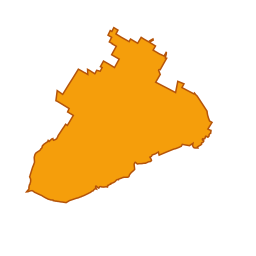 outline of Ardud, Satu Mare, Romania, rotated 108°
{"feature_id": "2599482B58089407628141", "entity_name": "Ardud", "entity_type": "district", "adm_level": 2, "iso_a3": "ROU", "parent_name": "Romania", "parent_adm1": "Satu Mare", "projection": "natural_earth1", "projection_center": [22.905, 47.656], "detail": "fine", "context": "isolated", "style": "filled", "palette": "amber", "viewbox_px": 256, "rotation_deg": 108, "n_neighbors": 0, "source": "geoboundaries", "source_scale": "gbopen_adm2", "svg_char_len": 5661}
<svg xmlns="http://www.w3.org/2000/svg" viewBox="0 0 256 256"><g transform="rotate(108 128 128)"><path d="M170.5,203.3L170.9,203.8L171.2,203.9L171.6,203.8L172.2,203.9L172.6,203.7L172.9,203.8L173.5,203.8L174.0,203.9L174.4,204.2L174.7,204.4L176.4,204.8L177.6,205.8L178.2,206.3L180.0,207.7L180.4,207.9L181.1,208.1L181.9,208.3L183.9,208.2L184.9,208.1L185.3,208.0L188.7,206.6L189.7,206.3L193.9,206.5L194.5,206.6L202.9,206.5L203.7,206.4L204.6,206.5L204.8,206.5L206.3,205.1L206.8,204.9L207.2,204.6L207.6,204.4L208.1,204.4L208.4,204.3L208.6,204.2L209.3,204.0L210.0,204.0L210.3,204.0L210.7,204.0L211.7,203.9L211.9,204.0L212.2,204.0L212.5,204.2L213.0,204.1L213.6,204.1L214.1,204.1L214.7,203.9L215.2,203.9L215.3,203.8L215.6,203.6L215.9,203.6L216.4,203.4L216.7,203.4L217.3,203.7L217.7,203.8L219.8,204.7L220.1,204.8L219.5,203.4L219.3,203.2L219.0,202.8L218.3,202.0L218.1,201.7L217.9,201.3L217.4,200.3L217.3,200.0L217.2,199.7L217.3,199.1L217.6,198.1L217.8,197.5L218.0,197.2L218.2,195.2L218.3,194.5L218.4,193.5L218.6,192.7L218.5,192.2L218.7,191.4L218.8,190.1L218.8,189.8L218.8,189.7L219.0,188.7L219.2,188.1L219.7,185.9L219.9,184.6L220.0,184.4L220.1,183.6L220.1,183.1L220.1,182.9L220.4,182.0L220.3,181.7L220.3,180.7L220.2,179.7L220.3,179.1L219.9,178.0L219.8,177.2L219.8,176.7L220.2,176.6L220.0,175.2L220.0,174.7L219.6,173.1L219.6,172.5L219.4,171.7L219.2,170.3L219.0,168.7L218.8,168.2L218.1,163.8L217.2,163.0L215.1,161.2L211.0,155.7L210.7,155.3L210.0,154.0L209.5,153.4L208.6,152.4L208.3,152.0L208.1,151.5L207.4,151.0L206.6,149.9L206.1,149.3L205.0,148.1L204.3,147.4L202.5,145.5L201.7,144.8L201.6,144.7L201.3,144.3L200.8,143.8L200.3,143.4L199.6,143.1L199.2,142.7L198.5,141.9L198.3,141.6L198.2,141.6L197.3,141.4L196.4,140.9L196.1,140.6L195.8,139.6L195.8,139.3L195.8,139.2L195.4,139.6L195.0,140.0L194.7,140.3L194.4,140.5L194.2,140.6L193.8,140.7L193.2,140.6L193.2,140.3L193.1,139.9L193.7,139.0L193.9,138.6L194.2,137.9L194.3,137.7L194.2,137.6L194.1,137.2L193.8,137.0L193.4,137.0L193.0,137.0L192.8,136.9L192.6,136.8L192.3,136.3L192.2,135.8L192.2,135.6L192.1,135.4L192.2,135.2L192.2,134.8L191.7,132.9L191.2,131.8L190.9,131.2L190.4,130.4L190.6,130.0L190.6,129.4L190.4,129.2L189.2,129.4L188.8,129.4L188.7,129.0L188.5,128.8L188.0,128.5L187.6,128.2L187.1,127.6L186.8,127.0L186.7,127.0L186.2,127.3L184.9,125.5L183.9,124.5L182.7,123.6L181.0,122.9L180.5,122.4L180.3,122.0L180.3,121.7L180.1,121.4L180.1,121.2L179.8,121.3L179.5,121.0L179.0,120.5L177.8,118.9L177.3,118.3L177.0,118.0L176.8,117.8L176.4,117.0L176.2,116.9L175.4,114.4L175.1,113.7L175.0,113.3L174.7,112.8L174.2,112.3L173.8,112.2L173.3,112.1L172.0,112.1L171.1,111.8L169.3,111.1L168.5,110.6L167.0,109.7L165.4,108.9L165.2,108.9L160.9,110.9L160.3,111.0L159.8,110.9L158.5,110.7L158.4,110.6L158.4,110.3L158.4,110.1L159.2,108.4L159.3,108.0L159.3,107.8L158.8,107.0L158.4,106.2L157.9,104.6L157.3,103.2L157.0,102.8L156.2,100.8L156.1,100.5L155.5,99.8L154.1,98.3L153.8,98.0L153.7,97.9L153.6,97.7L153.4,97.2L153.2,96.7L153.0,96.4L152.0,95.8L152.0,95.7L151.7,95.6L150.6,96.3L149.4,97.7L148.5,98.7L148.7,98.3L148.9,98.0L148.9,97.8L148.5,97.6L147.8,97.0L147.5,96.9L146.1,96.6L144.2,94.1L141.5,91.7L144.2,90.0L138.9,83.9L134.1,78.2L133.3,77.0L133.0,76.4L130.9,73.8L128.9,71.7L126.8,71.3L126.8,71.0L126.7,70.8L126.3,67.5L126.2,67.0L125.8,64.0L125.4,63.8L122.5,61.5L124.7,61.2L126.0,59.9L126.4,59.0L126.2,57.7L125.4,55.3L124.5,56.1L123.3,55.1L122.1,54.0L122.0,53.9L121.8,53.6L121.5,53.6L121.2,53.5L120.9,53.2L120.5,53.0L120.4,53.1L119.8,53.4L119.5,53.4L119.3,53.3L119.0,53.1L118.6,52.4L117.3,51.9L116.8,52.0L116.5,52.2L116.4,52.6L116.4,52.8L116.5,53.1L116.5,53.3L116.3,53.5L115.7,53.8L115.4,53.8L115.3,53.7L115.1,53.6L115.1,53.3L115.0,53.1L115.0,52.7L114.7,52.0L114.6,51.8L114.0,51.9L113.4,51.4L113.1,51.4L112.3,51.7L111.9,51.6L111.7,51.4L111.8,50.9L111.8,50.7L111.7,50.4L111.7,50.2L111.9,49.9L112.1,49.6L112.1,49.3L112.0,49.1L111.9,49.0L111.4,48.9L110.8,48.5L110.4,48.5L110.0,48.6L109.4,48.8L109.2,48.8L108.1,48.4L107.7,48.1L107.5,47.8L107.3,47.7L107.0,47.8L106.5,48.0L106.1,48.1L105.3,48.1L105.1,48.1L104.6,48.4L104.7,49.0L104.3,51.7L96.7,49.8L96.1,52.6L93.7,54.5L91.1,56.3L87.8,58.0L87.6,58.0L77.2,70.9L76.2,72.2L76.0,72.5L75.5,73.7L74.2,75.6L75.2,75.8L72.9,89.2L68.7,88.4L68.2,95.1L79.6,93.7L77.7,104.9L77.4,106.8L75.9,115.8L67.1,113.9L67.0,114.0L64.2,116.3L63.8,116.7L63.3,116.7L62.9,116.6L62.8,116.4L62.6,116.0L62.6,115.4L49.7,112.8L49.8,114.2L45.7,114.5L44.4,114.8L44.3,115.1L48.4,115.9L47.9,120.0L48.0,120.2L46.2,128.2L41.5,127.2L39.8,134.2L36.6,131.2L35.6,131.8L37.2,133.3L38.1,134.1L38.5,134.4L39.5,135.0L39.6,135.3L38.6,140.0L37.7,143.5L44.4,145.0L42.6,153.1L45.5,153.6L43.8,162.2L42.3,168.5L38.0,167.8L37.5,170.0L37.4,170.4L36.9,172.5L41.2,173.2L40.8,175.0L45.9,175.7L46.8,171.6L51.9,172.4L52.6,169.0L52.9,169.0L53.9,164.4L62.8,166.1L63.4,166.2L65.2,157.7L74.7,159.5L73.0,166.6L71.9,172.0L78.2,173.2L78.5,171.3L82.6,172.0L82.8,175.6L85.7,176.1L86.6,176.2L86.7,176.3L85.0,182.9L84.7,184.6L89.5,182.8L88.8,186.0L88.7,187.0L88.0,190.1L87.4,193.4L96.9,195.7L105.5,197.9L116.2,200.5L114.3,206.9L124.3,205.0L124.3,204.7L124.6,202.9L127.7,190.0L130.1,190.3L130.1,190.2L131.4,190.4L132.9,183.9L141.0,185.7L144.3,186.5L143.7,188.5L144.2,188.6L144.9,188.8L146.6,189.2L148.1,189.7L151.4,190.6L151.8,190.7L152.9,191.0L156.8,192.1L157.8,192.1L160.1,192.5L160.5,192.6L161.3,193.4L161.3,193.5L161.6,193.7L161.9,194.0L162.6,194.8L162.7,195.0L162.4,195.4L161.5,196.1L161.3,196.2L161.6,196.5L161.9,197.0L162.3,197.3L163.7,198.1L164.9,198.7L164.8,198.8L165.1,199.1L165.2,199.3L164.9,199.2L164.7,199.2L164.4,200.1L165.8,200.2L166.0,200.3L167.1,201.2L169.5,203.0L170.0,203.2L170.4,203.3L170.5,203.3Z" fill="#f59e0b" stroke="#b45309" stroke-width="1.5"/></g></svg>